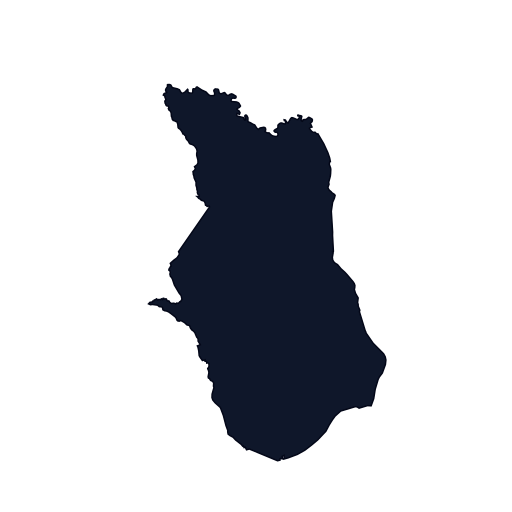 the district of Noen Sa-Nga, Nakhon Ratchasima, Thailand, rotated 330°
{"feature_id": "78962969B30671617507476", "entity_name": "Noen Sa-Nga", "entity_type": "district", "adm_level": 2, "iso_a3": "THA", "parent_name": "Thailand", "parent_adm1": "Nakhon Ratchasima", "projection": "robinson", "projection_center": [101.989, 15.574], "detail": "fine", "context": "isolated", "style": "filled", "palette": "ink", "viewbox_px": 512, "rotation_deg": 330, "n_neighbors": 0, "source": "geoboundaries", "source_scale": "gbopen_adm2", "svg_char_len": 6096}
<svg xmlns="http://www.w3.org/2000/svg" viewBox="0 0 512 512"><g transform="rotate(330 256 256)"><path d="M370.7,181.1L370.0,181.0L369.5,180.2L369.0,178.3L367.8,177.8L367.1,177.2L366.6,176.0L365.9,172.6L366.2,172.0L366.7,171.9L369.0,172.3L369.4,168.4L370.0,168.0L371.7,167.7L372.9,166.4L373.0,165.3L371.5,162.7L370.9,162.2L367.8,162.8L365.0,161.5L363.7,162.5L363.4,162.5L362.9,161.7L363.1,160.6L365.5,157.9L365.1,157.0L364.1,156.3L362.9,154.9L362.5,155.0L362.3,155.5L363.3,156.6L363.2,157.2L362.3,158.1L360.5,158.7L359.5,158.1L358.4,156.5L356.9,154.6L356.0,154.0L354.7,154.3L350.1,157.0L349.6,156.4L349.7,155.4L349.4,154.0L349.5,153.0L348.5,152.1L348.2,152.9L348.9,153.7L348.9,154.4L347.4,156.2L346.7,155.9L344.8,153.7L343.9,153.2L342.9,153.1L341.5,153.3L340.4,153.7L339.3,155.6L338.4,156.2L335.8,156.1L334.4,156.4L334.1,156.9L334.4,158.2L334.9,158.7L335.9,159.1L336.1,159.7L336.2,161.3L334.9,162.7L334.1,162.8L333.1,162.5L331.4,161.2L330.2,159.9L329.5,158.3L328.9,155.9L327.4,155.1L326.0,153.0L326.1,152.6L327.3,151.8L327.7,151.2L328.1,150.0L327.9,149.2L327.1,148.4L323.7,147.2L322.7,147.2L321.2,147.5L320.6,145.6L320.4,141.8L319.2,140.3L317.9,137.9L316.3,135.8L316.5,135.0L318.1,132.3L318.3,130.4L318.1,129.2L317.3,128.7L316.3,129.1L315.3,132.6L315.1,132.9L314.5,132.8L314.1,132.4L314.0,131.8L314.3,129.8L309.7,125.4L309.7,124.3L310.8,123.0L312.5,125.0L313.8,124.0L313.9,122.0L313.1,120.4L312.9,119.5L313.1,119.1L313.9,118.9L315.8,119.0L317.4,118.5L317.6,118.2L317.6,115.1L317.1,114.0L316.1,112.8L312.2,110.1L311.9,109.4L312.0,109.0L313.2,107.7L314.1,107.5L315.0,107.7L316.6,108.9L317.7,108.9L318.3,108.3L318.5,107.5L316.7,104.2L315.8,103.3L314.4,103.0L312.7,103.2L311.3,102.3L311.0,101.5L310.7,99.2L310.3,98.6L307.0,98.1L306.3,97.6L305.7,96.5L306.6,93.3L306.5,92.7L306.2,92.3L304.2,90.9L302.7,91.2L302.0,91.9L301.7,94.1L300.6,95.8L300.3,96.1L299.6,95.9L296.9,94.5L296.2,93.7L295.6,92.6L294.7,88.9L292.0,85.1L289.5,80.1L288.7,80.0L287.1,81.0L285.5,79.9L284.8,79.9L283.0,82.6L282.1,83.0L281.0,82.4L279.2,80.8L279.3,79.6L280.2,77.9L280.1,77.4L276.4,78.5L274.4,78.5L273.3,78.0L272.8,76.7L272.8,73.7L271.4,71.8L267.7,68.3L267.7,65.3L266.9,64.3L265.3,63.4L264.8,63.5L264.3,64.7L263.7,65.2L261.6,66.2L260.7,67.0L260.3,68.0L260.6,69.3L260.4,69.8L257.6,69.4L256.2,70.3L256.9,71.5L257.0,72.1L256.6,72.7L256.2,75.5L254.5,76.3L253.7,78.2L253.8,79.3L253.5,80.0L253.6,81.0L253.9,81.5L254.8,82.0L254.8,84.1L253.8,84.5L253.6,86.2L254.2,87.3L254.2,89.4L252.6,92.7L252.4,94.7L252.0,95.1L251.9,95.7L252.1,97.3L252.7,97.6L253.8,99.4L254.6,100.1L254.2,102.6L252.8,105.7L252.8,106.6L253.5,107.9L253.9,109.7L254.0,111.5L253.8,113.9L254.5,114.4L254.6,115.6L255.1,117.1L254.4,118.4L254.2,119.6L254.3,120.6L254.8,122.6L254.7,125.2L255.0,126.0L256.6,127.7L257.8,129.9L258.1,133.3L257.5,135.7L255.8,137.7L254.9,139.3L253.7,143.8L252.3,146.4L250.6,147.5L247.4,147.9L247.3,149.6L247.1,150.1L245.7,151.0L244.0,151.3L243.4,151.6L243.4,152.4L242.6,153.6L242.1,156.0L241.5,157.4L241.0,162.1L239.4,164.8L238.8,167.4L238.0,169.0L237.8,170.5L237.0,171.6L236.6,173.1L236.7,173.9L237.2,174.6L236.6,176.0L234.7,175.0L235.0,175.8L235.2,177.4L236.2,179.0L236.5,180.4L238.5,182.5L238.5,184.5L237.7,186.8L238.2,187.3L238.5,188.7L240.4,189.1L240.3,190.3L191.1,213.5L190.9,215.1L190.3,216.3L187.1,217.9L186.0,218.2L182.9,218.5L178.1,219.5L177.9,221.1L177.5,221.7L177.5,222.3L176.5,222.4L176.2,222.9L174.7,223.4L173.5,224.5L173.5,225.0L174.0,225.9L173.6,227.3L172.4,228.6L171.7,230.9L172.1,232.1L172.1,234.0L170.8,240.4L170.9,249.9L171.4,252.8L170.3,256.4L167.9,257.7L167.2,257.5L165.1,258.2L163.8,257.1L162.2,257.3L161.9,256.5L161.1,255.7L159.0,254.8L158.1,253.1L158.2,251.6L157.8,251.1L157.1,250.9L156.7,250.2L156.9,248.4L156.3,247.9L154.9,247.6L155.1,246.7L154.5,246.2L153.4,247.0L153.1,246.1L152.7,245.8L152.2,245.8L151.6,246.2L150.1,245.0L148.8,245.1L148.6,244.9L148.7,243.9L148.5,243.4L146.5,243.5L145.9,243.2L144.9,243.9L144.2,243.4L142.9,244.2L142.2,243.4L141.5,243.5L141.0,243.1L139.0,243.7L140.2,245.4L142.1,246.2L146.2,249.4L146.9,251.5L149.0,253.0L149.2,253.9L148.5,256.1L149.6,257.8L150.9,258.8L152.3,260.6L153.5,263.2L155.6,268.4L155.8,269.9L155.5,272.2L155.8,273.1L157.0,274.1L158.2,274.2L159.0,274.8L160.8,277.9L161.7,281.1L163.6,283.0L163.6,283.5L163.2,285.3L163.3,286.7L163.5,288.1L164.4,289.9L164.7,291.9L164.1,296.6L164.5,298.6L163.3,300.8L163.4,305.0L160.3,304.5L160.1,306.1L159.0,309.5L157.0,313.8L156.9,315.2L157.3,319.7L159.8,320.4L159.4,320.7L159.2,321.6L160.2,322.4L160.3,323.0L159.8,324.1L161.0,324.6L161.5,325.7L161.0,326.3L160.7,327.2L159.5,328.7L158.0,329.2L157.8,329.5L157.7,330.9L157.2,332.8L156.7,333.7L154.2,336.6L153.9,337.4L153.8,338.0L154.3,338.5L154.5,338.9L154.4,340.1L154.6,341.2L155.8,342.9L155.8,344.9L154.1,347.4L153.8,348.9L148.9,353.7L147.1,356.6L146.6,359.1L147.2,362.7L149.2,368.8L149.3,369.9L148.0,377.8L145.2,387.9L144.3,393.2L143.6,394.1L142.8,396.3L143.7,398.5L145.5,401.4L146.4,405.3L149.0,411.7L149.4,414.1L150.1,414.1L149.9,416.0L151.1,416.2L150.9,419.1L153.7,419.8L172.3,444.1L174.7,444.8L175.3,443.6L175.8,443.5L177.6,445.0L178.4,442.6L180.6,442.7L180.0,444.0L178.7,445.8L183.0,446.9L192.7,448.5L201.2,448.6L209.6,447.5L217.5,446.1L228.9,442.7L234.9,438.9L240.2,436.1L244.4,434.2L251.8,432.6L266.6,436.1L267.4,436.6L268.3,437.5L269.2,439.3L277.7,441.3L280.8,443.3L286.6,438.4L292.6,431.0L300.0,424.0L302.2,422.5L306.9,420.5L313.8,414.7L316.5,411.0L317.5,407.9L317.6,404.5L313.8,390.1L312.8,377.8L313.1,376.8L313.2,375.3L317.7,355.9L318.7,355.0L318.9,354.4L319.4,350.6L320.3,348.9L320.7,347.1L323.5,343.4L323.5,338.1L324.4,334.2L325.6,332.9L326.9,331.0L327.3,329.1L327.2,326.9L325.5,317.5L324.8,314.5L323.2,309.5L322.3,304.2L321.0,301.9L320.5,300.3L320.4,297.9L321.4,295.4L324.4,291.8L324.4,290.8L325.1,290.9L325.4,290.6L332.5,276.6L334.3,273.6L343.6,254.9L349.2,247.8L352.6,245.3L354.8,243.1L354.8,242.0L353.4,239.2L353.2,237.9L352.4,235.7L352.3,234.0L352.6,232.5L355.1,230.4L355.8,228.5L360.3,224.0L361.7,222.1L364.0,218.5L364.6,217.1L365.3,213.1L367.0,211.2L367.6,211.4L368.8,208.0L369.9,202.4L370.8,192.6L370.7,181.1Z" fill="#0f172a" stroke="#020617" stroke-width="1.5"/></g></svg>